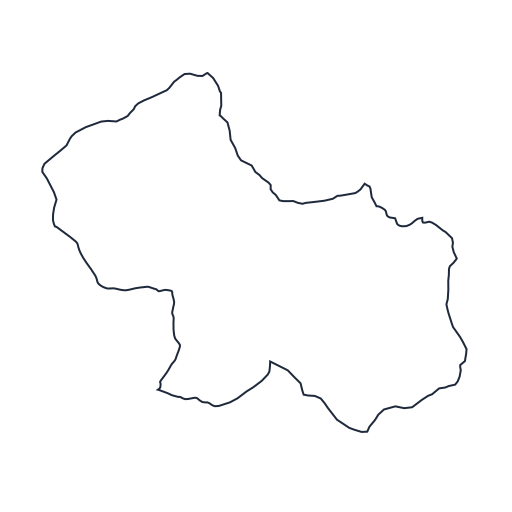 outline of Bjachho, Chhukha, Bhutan, rotated 261°
{"feature_id": "84629894B4757320303764", "entity_name": "Bjachho", "entity_type": "district", "adm_level": 2, "iso_a3": "BTN", "parent_name": "Bhutan", "parent_adm1": "Chhukha", "projection": "mercator", "projection_center": [89.581, 27.074], "detail": "fine", "context": "isolated", "style": "outline", "palette": "slate", "viewbox_px": 512, "rotation_deg": 261, "n_neighbors": 0, "source": "geoboundaries", "source_scale": "gbopen_adm2", "svg_char_len": 4986}
<svg xmlns="http://www.w3.org/2000/svg" viewBox="0 0 512 512"><g transform="rotate(261 256 256)"><path d="M372.5,58.1L365.2,61.6L350.6,66.4L342.9,67.8L335.4,64.2L328.9,62.1L323.5,61.1L320.1,61.3L316.7,62.0L316.2,63.1L315.4,64.1L314.4,65.1L313.5,66.0L312.5,66.9L311.5,67.9L310.6,68.8L309.6,69.8L308.7,70.7L307.7,71.6L306.8,72.6L305.8,73.5L304.8,74.5L303.9,75.4L302.9,76.3L301.9,77.2L300.9,78.1L299.9,79.0L298.9,79.9L297.8,80.7L296.7,81.4L295.4,81.7L294.1,81.8L292.7,81.9L291.4,82.1L290.0,82.3L288.7,82.6L287.4,82.9L286.2,83.3L284.9,83.7L283.6,84.2L282.4,84.6L281.1,85.1L279.9,85.6L278.7,86.2L277.5,86.7L276.2,87.3L275.0,87.9L273.8,88.5L272.6,89.1L271.4,89.7L270.2,90.3L269.1,90.9L267.8,91.5L266.6,92.0L265.4,92.6L264.2,93.1L262.9,93.7L261.7,94.2L260.4,94.6L259.1,94.9L257.8,95.1L256.4,95.2L255.0,95.4L253.8,95.8L252.8,96.5L251.8,97.3L250.8,98.3L249.9,99.4L249.1,100.5L248.4,101.7L247.7,102.9L247.2,104.1L246.9,105.4L246.8,106.7L246.6,108.1L246.5,109.5L246.2,110.8L245.8,112.0L245.3,113.3L244.8,114.5L244.3,115.8L243.8,117.0L243.4,118.3L243.0,119.6L242.7,120.9L242.5,122.3L242.5,123.6L242.5,124.9L242.6,126.3L242.7,127.6L242.8,129.0L242.9,130.3L243.0,131.7L243.0,133.0L243.0,134.4L243.0,135.7L243.0,137.0L242.9,138.4L242.8,139.7L242.8,141.1L242.7,142.4L242.7,143.8L242.3,145.0L241.7,146.3L241.1,147.5L240.5,148.6L239.9,149.8L239.3,151.0L238.7,152.3L238.0,153.0L237.1,153.6L236.4,154.6L236.4,155.6L236.5,156.7L236.6,158.1L236.7,159.5L236.8,160.8L236.5,162.1L236.1,163.4L235.7,164.7L235.2,166.1L234.6,167.2L233.5,167.6L232.1,167.4L230.7,167.4L229.3,167.5L228.0,167.7L226.6,167.8L225.3,167.9L224.0,168.0L222.7,167.8L221.4,167.5L220.2,167.0L218.9,166.4L217.6,166.0L216.4,165.5L215.1,165.0L213.8,164.5L212.6,164.3L211.3,164.4L209.9,164.8L208.6,165.0L207.3,164.9L206.0,164.7L204.7,164.4L203.3,164.1L202.0,163.9L200.7,163.7L199.4,163.5L198.0,163.3L196.7,163.1L195.4,163.0L194.1,162.9L192.7,162.9L191.3,162.8L190.0,162.8L188.7,163.0L187.4,163.2L186.2,163.7L185.0,164.4L183.8,165.1L182.6,165.8L181.4,166.4L180.2,166.9L178.9,166.8L177.6,166.3L176.4,165.7L175.2,165.1L174.1,164.5L172.9,163.8L171.7,163.1L170.6,162.5L169.4,161.8L168.2,161.2L167.0,160.6L165.9,159.8L165.0,158.9L164.1,157.9L163.2,156.8L162.3,155.8L161.3,154.9L160.3,154.1L159.2,153.3L158.2,152.4L157.1,151.6L156.1,150.7L155.1,149.8L154.1,148.9L153.2,147.9L152.2,147.0L151.3,146.0L150.3,145.0L149.4,144.1L148.5,143.1L147.5,142.2L146.5,141.5L145.2,141.8L143.8,141.6L142.5,141.3L141.3,140.9L140.3,140.1L139.3,138.2L138.8,139.3L134.3,147.3L131.7,151.1L128.9,157.3L128.9,158.3L128.3,159.7L127.1,161.1L125.7,163.6L125.4,166.6L125.6,173.3L125.1,175.2L124.0,176.3L122.2,177.8L120.2,180.1L119.3,183.0L119.0,185.1L117.9,186.9L115.5,189.4L114.1,191.8L113.7,195.7L115.5,207.3L118.3,215.4L123.7,225.5L126.7,232.6L131.7,242.0L137.0,249.0L139.7,251.1L145.1,252.6L149.6,253.5L138.1,269.5L130.2,275.0L123.3,280.1L115.9,280.7L111.6,281.4L110.1,285.5L108.6,292.2L105.1,297.7L99.8,300.8L94.9,303.1L92.5,304.4L81.6,310.4L71.7,321.2L69.1,325.8L65.7,332.8L65.1,338.4L69.7,341.4L75.5,348.0L80.2,352.0L84.4,358.4L85.7,370.1L82.5,378.6L82.2,386.6L87.9,397.2L91.0,404.1L91.9,408.3L96.6,416.2L96.5,422.4L97.4,426.0L97.8,432.6L100.6,435.6L104.9,438.2L111.2,440.4L113.8,440.3L116.3,440.6L119.5,445.9L126.7,448.3L131.2,449.4L131.9,449.1L138.5,447.0L144.1,444.9L155.0,439.5L158.9,438.8L169.2,437.2L173.3,436.8L178.5,436.5L183.5,438.7L192.6,440.7L201.4,442.0L207.1,443.5L213.1,444.6L215.6,445.9L218.4,450.0L221.2,453.1L222.1,453.9L228.9,451.9L234.5,451.4L238.3,452.6L242.9,452.4L249.9,447.1L252.3,444.3L258.5,438.6L261.6,434.9L262.8,432.3L262.5,429.2L262.6,427.4L263.0,426.1L264.6,425.7L267.7,426.2L267.5,422.0L267.3,421.1L265.9,418.3L263.8,414.9L262.9,412.9L262.3,410.4L262.0,409.3L262.5,404.9L263.3,402.9L264.3,401.4L265.7,400.4L269.3,399.7L271.5,399.3L273.2,394.0L274.2,392.7L275.5,391.7L277.6,391.4L279.8,391.3L281.4,390.5L282.7,389.2L284.1,387.6L285.0,386.3L285.8,384.9L286.3,382.8L290.7,381.4L295.9,379.5L300.9,379.5L304.5,379.6L306.9,379.0L308.3,376.9L310.4,374.6L305.4,369.6L303.7,366.5L302.6,363.9L302.4,351.9L302.4,348.6L302.7,345.9L300.5,340.8L299.9,332.2L300.1,326.6L300.4,319.1L300.7,313.5L300.3,310.1L301.9,305.8L304.4,301.5L305.9,291.5L307.3,287.8L313.2,285.1L316.2,282.5L319.6,280.9L323.8,281.6L326.5,279.9L332.0,274.2L335.4,272.1L339.1,268.5L346.0,265.9L352.8,256.2L358.0,253.7L366.0,252.3L374.7,249.1L383.9,249.6L392.4,248.7L397.2,244.9L399.6,243.2L400.6,242.1L406.2,243.5L409.8,245.2L422.6,247.0L424.2,246.1L429.9,245.2L434.3,243.3L438.5,241.5L444.3,236.8L444.2,235.9L442.2,231.3L443.1,226.4L446.4,219.3L446.9,213.9L444.5,208.8L442.4,205.2L440.9,202.3L438.5,199.8L435.5,196.5L433.7,193.8L432.0,187.8L429.1,177.6L428.0,173.1L427.3,170.1L425.2,163.7L422.9,160.2L420.0,158.1L417.1,154.1L414.4,151.2L412.5,146.0L411.9,143.1L410.7,139.2L412.6,131.0L413.0,124.1L411.4,116.0L409.9,108.1L406.2,97.1L403.1,92.6L400.8,90.5L394.8,86.1L390.4,78.8L386.6,72.2L384.2,68.2L380.2,61.5L376.1,58.8L372.5,58.1Z" fill="none" stroke="#1e293b" stroke-width="2"/></g></svg>